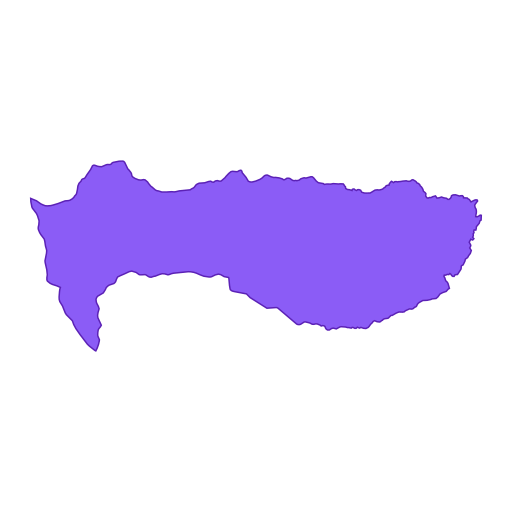 the district of Othaya, Central, Kenya
{"feature_id": "3690345B44721723206287", "entity_name": "Othaya", "entity_type": "district", "adm_level": 2, "iso_a3": "KEN", "parent_name": "Kenya", "parent_adm1": "Central", "projection": "mercator", "projection_center": [36.828, -0.553], "detail": "fine", "context": "isolated", "style": "filled", "palette": "violet", "viewbox_px": 512, "rotation_deg": 0, "n_neighbors": 0, "source": "geoboundaries", "source_scale": "gbopen_adm2", "svg_char_len": 6033}
<svg xmlns="http://www.w3.org/2000/svg" viewBox="0 0 512 512"><path d="M97.2,348.1L98.5,344.4L99.3,340.9L99.4,339.7L97.9,336.2L97.7,335.1L97.8,332.5L98.2,330.0L98.8,328.7L100.4,326.8L101.3,325.2L97.9,317.8L97.7,316.5L97.6,315.2L98.0,312.6L99.1,308.8L98.4,306.5L96.7,303.2L96.3,301.9L96.0,299.4L96.4,298.1L97.0,297.0L97.8,296.1L103.3,292.9L105.3,289.7L106.3,287.5L108.1,285.8L109.2,285.1L113.9,283.5L114.8,282.7L115.6,281.7L116.5,279.1L117.6,277.0L120.0,275.8L124.6,273.8L129.1,271.7L131.7,271.1L136.1,272.4L139.0,274.5L140.0,274.8L141.5,274.8L145.2,274.6L146.1,275.0L148.5,276.6L149.8,277.1L151.3,277.2L154.0,276.3L155.1,276.2L159.4,274.5L162.2,273.7L164.8,273.9L167.9,274.8L169.0,274.6L171.4,273.7L173.5,273.2L188.3,271.7L190.7,271.8L193.7,272.3L196.5,273.2L200.1,274.8L203.8,276.2L209.1,277.0L210.3,277.0L211.6,276.7L215.3,274.9L218.5,274.1L220.9,274.7L224.1,276.6L228.6,277.5L228.9,278.5L229.5,285.3L230.0,288.4L230.3,289.6L231.4,290.6L232.8,291.2L234.5,291.6L246.5,293.9L250.1,297.6L266.9,308.2L275.3,307.6L276.9,307.6L277.9,308.1L296.7,324.1L298.1,324.6L299.5,324.6L300.6,324.3L304.2,322.0L305.4,321.9L309.6,322.9L312.1,324.2L313.9,324.3L315.4,323.9L317.1,323.9L320.1,325.1L321.2,326.0L322.4,325.6L323.7,325.7L324.9,326.4L325.5,328.0L326.3,329.2L327.6,330.0L329.3,330.0L331.6,328.5L333.3,328.1L336.3,328.9L339.8,327.0L341.1,326.7L345.5,327.0L347.6,327.6L348.8,327.6L351.3,328.1L352.1,327.4L353.2,327.5L354.7,328.3L356.1,328.3L357.3,327.2L359.6,328.1L360.9,327.4L363.6,328.3L365.9,328.5L368.2,327.4L369.2,326.3L370.6,324.3L372.3,322.7L373.1,321.5L374.6,320.7L377.0,321.7L379.5,322.0L380.6,321.6L381.5,320.6L382.4,320.3L383.3,319.3L384.7,318.7L387.2,318.4L388.3,318.1L391.0,315.4L392.2,315.4L396.0,313.2L397.6,312.5L399.0,312.0L402.7,312.1L404.3,311.8L405.3,310.8L409.5,308.9L411.6,309.1L412.8,308.8L413.8,308.1L414.5,307.3L415.7,306.9L416.5,306.2L417.4,304.3L418.3,303.2L419.4,302.4L422.8,300.5L427.1,300.3L430.8,299.5L432.1,298.9L436.0,298.5L437.8,297.0L440.0,294.0L442.7,292.6L446.2,291.4L448.1,289.2L449.4,288.4L448.0,283.4L447.2,282.1L445.7,280.7L444.8,277.8L444.0,276.5L444.2,275.2L445.8,275.1L447.2,274.4L448.8,274.6L449.8,273.5L450.8,274.2L451.7,275.6L452.8,276.4L454.1,276.4L454.8,275.0L456.1,274.6L457.5,274.5L460.9,269.3L461.2,268.0L461.2,266.7L461.5,265.7L463.1,264.9L464.9,261.2L465.4,259.1L467.6,257.6L468.6,255.7L470.3,253.5L471.3,250.5L469.7,247.9L470.5,246.5L470.8,245.2L469.2,242.2L470.8,239.2L471.7,239.7L472.7,240.0L473.9,238.7L472.6,237.2L473.3,235.9L473.2,233.8L474.0,232.7L473.7,231.3L474.2,229.9L475.8,230.1L476.2,228.8L476.4,226.7L479.2,223.3L479.9,220.9L481.1,220.1L481.3,215.3L480.2,215.1L478.5,216.2L477.1,216.8L475.7,216.6L476.0,214.3L476.3,213.1L476.4,211.1L476.1,209.2L475.2,207.7L474.7,205.5L475.0,204.5L477.6,201.0L477.2,200.0L476.0,199.8L474.6,200.1L471.0,201.9L469.3,199.5L468.0,198.8L467.3,198.0L463.5,197.8L463.4,196.6L462.4,195.7L460.9,195.7L459.4,196.0L455.6,194.8L453.1,194.9L451.5,195.7L451.2,197.0L450.5,198.2L449.0,199.4L447.7,199.3L446.6,198.3L443.7,197.8L441.5,197.0L439.1,197.8L437.0,198.1L435.5,195.9L432.6,196.7L431.0,197.6L429.5,197.5L428.1,198.1L426.9,197.8L425.7,196.1L425.9,193.6L425.2,192.7L423.4,191.2L423.1,189.9L422.5,188.5L421.5,187.0L420.2,185.8L419.7,184.6L418.5,183.5L416.9,182.9L416.3,181.9L415.4,181.1L412.9,179.7L411.7,180.0L410.7,180.9L409.5,181.3L407.9,181.3L406.3,180.8L403.0,181.1L399.9,181.6L398.8,181.6L397.7,181.9L396.2,181.6L394.7,181.7L393.6,182.6L391.5,181.3L390.6,182.1L389.3,183.8L389.1,185.1L387.9,185.2L386.2,185.7L385.2,187.1L383.8,188.0L382.6,189.1L380.0,189.9L378.5,190.0L377.4,189.8L375.0,190.1L370.2,193.0L366.0,193.1L364.3,193.0L361.7,192.2L360.6,190.2L358.9,189.6L357.5,189.7L356.6,190.5L355.3,190.0L354.1,189.0L353.1,189.0L352.2,189.5L352.0,190.5L349.6,189.7L347.5,189.5L345.7,188.5L345.4,186.6L344.6,186.0L344.0,184.8L343.2,183.9L340.2,183.8L338.6,184.0L333.2,183.6L330.8,184.1L326.9,184.0L324.3,184.4L323.4,183.6L318.3,182.7L316.3,181.1L313.6,177.8L312.3,176.8L311.0,176.7L305.9,178.1L304.6,177.8L303.5,177.9L300.8,178.8L299.2,180.1L296.8,180.7L295.8,180.4L294.2,180.7L292.7,180.4L289.9,178.5L288.8,178.2L287.0,178.2L284.6,179.7L283.4,179.7L282.4,178.9L279.1,177.9L275.5,177.4L273.8,177.5L271.1,176.8L267.5,175.1L266.1,175.1L264.9,175.5L263.9,176.2L262.2,177.9L260.1,179.3L255.7,181.1L252.1,182.0L250.7,182.0L249.5,181.7L248.3,181.2L246.0,177.3L242.2,172.7L241.9,171.2L240.9,170.2L239.2,170.6L237.8,171.5L236.5,171.7L232.5,171.3L230.9,171.7L228.7,173.5L225.8,176.6L225.1,177.6L221.3,180.9L220.2,181.2L219.1,181.1L217.5,180.6L215.9,180.8L214.6,181.4L213.7,182.2L212.3,182.1L210.7,181.2L208.7,181.5L204.7,182.8L199.1,183.2L197.1,184.1L196.0,184.9L194.3,187.2L193.5,187.9L191.3,189.0L190.3,189.8L179.2,190.9L175.7,191.7L174.2,191.9L171.6,191.7L166.7,192.0L161.8,192.0L158.6,191.0L157.0,190.7L155.5,190.1L152.1,187.1L150.9,186.3L148.5,183.4L147.6,182.0L145.1,179.9L143.6,179.6L140.9,180.1L138.5,179.8L134.9,178.4L132.8,177.0L132.1,176.2L131.7,175.1L131.5,173.8L130.9,172.5L128.7,169.7L127.8,168.9L124.7,162.4L123.6,161.3L122.4,161.1L119.1,161.2L113.1,162.4L111.9,163.1L111.0,164.2L109.9,164.6L107.7,164.5L106.4,164.7L101.7,166.7L99.6,166.6L97.7,166.3L94.6,165.2L93.5,165.2L92.5,165.8L90.5,169.7L86.9,174.8L85.2,177.6L84.3,178.5L83.2,178.7L81.8,179.5L81.0,181.2L79.0,183.3L77.9,186.0L77.4,189.6L76.7,193.0L76.2,194.4L74.5,196.2L73.9,197.3L72.3,198.8L70.0,200.2L68.5,200.6L65.0,200.9L58.2,203.5L53.2,205.0L50.9,205.6L47.3,205.9L45.1,205.7L42.6,204.7L40.7,203.8L36.5,200.8L30.7,198.4L30.9,201.9L31.9,207.0L32.5,208.3L36.4,213.4L37.5,215.7L39.1,220.9L38.8,224.8L38.3,226.9L38.2,228.2L38.4,229.6L39.7,232.7L41.0,234.8L44.2,239.0L44.8,241.3L45.5,246.0L46.4,249.2L46.7,250.6L46.5,253.2L45.0,260.8L45.2,262.7L46.8,269.8L47.3,274.8L46.9,277.5L46.9,279.9L47.4,281.1L50.1,283.3L52.4,284.4L57.0,285.9L60.4,287.4L59.8,289.4L59.5,291.7L59.1,296.9L59.2,299.4L59.8,301.6L62.5,306.0L65.2,312.8L66.3,314.6L72.4,320.8L73.7,324.5L75.9,328.6L80.0,334.5L87.4,344.2L89.4,346.1L94.8,350.4L95.8,350.9L97.2,348.1Z" fill="#8b5cf6" stroke="#5b21b6" stroke-width="1.5"/></svg>